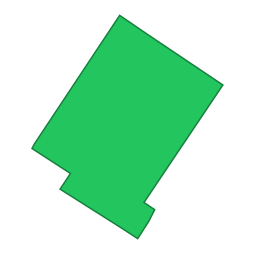 outline of Coles, Illinois, United States of America, rotated 124°
{"feature_id": "52423323B20272514660915", "entity_name": "Coles", "entity_type": "district", "adm_level": 2, "iso_a3": "USA", "parent_name": "United States of America", "parent_adm1": "Illinois", "projection": "albers", "projection_center": [-88.152, 39.53], "detail": "fine", "context": "isolated", "style": "filled", "palette": "green", "viewbox_px": 256, "rotation_deg": 124, "n_neighbors": 0, "source": "geoboundaries", "source_scale": "gbopen_adm2", "svg_char_len": 317}
<svg xmlns="http://www.w3.org/2000/svg" viewBox="0 0 256 256"><g transform="rotate(124 128 128)"><path d="M39.5,165.3L39.3,197.9L193.7,196.7L198.7,196.1L197.9,150.3L216.7,150.1L214.6,77.7L214.3,58.1L193.6,58.6L180.8,60.2L180.8,73.1L39.3,73.4L39.5,165.3Z" fill="#22c55e" stroke="#15803d" stroke-width="1.5"/></g></svg>